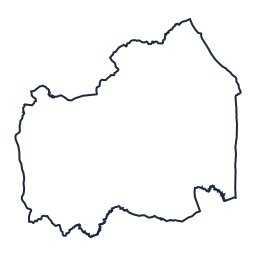 Nam Som, Udon Thani, Thailand (Natural Earth projection)
{"feature_id": "78962969B77162965817779", "entity_name": "Nam Som", "entity_type": "district", "adm_level": 2, "iso_a3": "THA", "parent_name": "Thailand", "parent_adm1": "Udon Thani", "projection": "natural_earth1", "projection_center": [102.167, 17.759], "detail": "fine", "context": "isolated", "style": "outline", "palette": "slate", "viewbox_px": 256, "rotation_deg": 0, "n_neighbors": 0, "source": "geoboundaries", "source_scale": "gbopen_adm2", "svg_char_len": 5773}
<svg xmlns="http://www.w3.org/2000/svg" viewBox="0 0 256 256"><path d="M189.9,19.0L186.2,20.8L182.6,21.7L180.0,23.5L179.7,24.3L179.0,24.8L177.3,23.7L175.2,24.5L175.2,24.8L175.7,24.9L175.5,25.4L172.9,27.5L172.7,28.3L171.6,29.7L170.8,29.6L170.6,30.1L168.8,31.0L168.0,32.1L168.5,32.5L168.1,32.9L166.7,33.3L166.4,34.1L165.6,33.9L165.0,34.4L165.5,35.6L164.8,37.0L165.0,38.5L164.2,39.8L163.6,39.9L163.2,40.3L163.0,42.7L162.3,43.4L158.2,43.3L157.5,42.0L156.0,41.4L153.7,42.7L153.3,41.6L152.2,41.7L151.9,42.9L151.0,44.0L148.9,44.1L147.9,43.3L147.6,42.4L146.7,41.6L144.6,42.5L143.1,42.4L142.3,42.3L139.3,40.4L136.9,40.8L135.9,40.3L133.6,40.2L131.5,40.6L130.7,41.2L129.4,43.1L127.8,43.2L126.8,44.4L126.8,45.8L126.1,46.4L123.8,44.8L119.0,47.4L115.6,51.8L113.7,52.3L112.9,54.8L112.2,55.1L110.1,57.5L111.8,60.5L114.7,62.9L115.3,64.4L115.7,67.0L118.3,69.0L118.3,70.0L117.6,71.0L116.3,71.6L115.7,72.5L114.4,73.1L114.2,75.1L110.8,75.1L110.6,75.8L107.2,78.5L105.9,79.9L104.8,80.2L102.0,79.7L100.5,80.8L99.9,82.2L99.5,86.1L97.1,87.2L96.7,87.8L96.3,90.3L96.9,93.7L96.7,94.3L82.7,95.8L74.6,98.5L71.9,100.2L70.3,100.4L68.0,100.0L64.8,97.5L61.0,95.3L56.5,96.7L54.8,96.7L54.2,97.3L53.6,96.5L53.4,96.8L53.1,96.5L53.2,97.2L51.9,97.2L51.7,96.1L51.4,96.4L50.6,95.5L50.0,96.1L48.5,94.4L49.2,93.6L49.1,93.0L49.8,92.8L49.6,92.1L49.0,91.6L49.1,90.3L48.6,90.0L47.9,88.8L47.2,88.7L45.5,86.8L44.2,86.5L43.2,85.7L39.7,86.5L34.3,90.8L31.2,91.4L31.6,92.9L31.7,95.4L33.2,97.1L35.5,98.6L36.0,101.0L34.6,101.5L34.1,103.1L32.0,105.3L24.9,104.4L24.3,104.7L24.6,106.2L23.2,107.7L23.2,109.8L23.6,111.3L23.0,112.1L24.2,113.0L24.2,113.5L22.6,115.7L22.2,118.6L20.4,121.0L20.2,123.5L19.6,125.6L19.9,130.8L19.7,131.7L19.0,132.7L16.1,134.6L15.6,135.9L15.4,137.7L16.0,140.4L18.1,145.3L19.3,151.6L19.5,160.1L21.3,163.8L22.1,169.5L23.3,172.4L23.7,174.4L24.2,178.7L23.5,183.7L24.1,187.8L24.0,191.3L23.4,194.1L21.9,196.8L21.8,198.9L22.7,200.9L24.8,203.4L26.8,207.8L28.0,208.5L30.6,209.4L31.2,210.0L31.2,210.5L30.0,213.1L29.0,216.7L29.1,221.8L31.8,221.7L32.8,222.8L33.5,222.9L35.3,220.7L36.1,221.1L37.0,221.1L38.0,219.3L38.9,219.0L40.8,219.4L41.4,218.9L41.4,217.9L41.9,216.6L42.6,215.9L44.7,215.8L45.8,216.4L47.4,216.0L48.7,218.2L51.4,221.2L52.0,222.9L55.4,225.8L55.8,226.0L58.4,224.9L59.7,225.2L60.2,227.7L60.6,228.4L60.7,229.9L61.2,230.9L62.5,231.9L62.7,234.2L63.5,235.6L65.6,235.8L66.5,233.3L67.0,233.1L67.8,233.4L68.4,232.6L69.1,232.4L69.5,231.2L69.4,230.1L70.5,229.8L71.3,228.8L72.4,228.6L73.1,227.4L74.3,227.4L75.1,225.8L76.7,225.6L76.7,225.0L77.2,224.8L78.4,225.2L78.4,224.8L79.2,224.4L80.2,225.3L79.5,226.8L79.8,227.3L79.2,227.8L79.1,228.5L80.7,228.3L81.8,229.5L82.0,230.7L82.7,231.1L83.1,232.1L84.1,232.2L84.6,231.7L84.8,232.2L85.0,232.3L85.1,232.0L85.4,232.6L85.1,233.0L86.5,233.5L86.7,234.1L87.3,233.9L87.6,234.2L87.8,233.9L88.4,233.9L88.6,234.3L88.3,234.4L88.4,234.6L89.0,234.2L89.2,234.9L88.9,235.9L90.2,237.0L91.0,236.4L91.3,236.9L92.2,236.5L92.4,235.9L93.1,236.1L93.6,235.3L94.5,235.6L96.0,234.7L96.2,235.0L97.4,234.4L97.4,233.8L98.0,233.9L98.1,232.5L98.7,232.0L98.1,231.8L98.2,231.4L99.1,231.0L99.1,230.3L100.2,230.1L100.0,229.3L99.4,229.0L100.2,228.3L99.7,227.9L100.5,226.9L99.5,226.0L99.6,224.9L99.4,224.5L100.5,224.0L101.0,224.4L101.8,223.8L102.6,224.0L103.2,223.1L103.6,223.3L104.5,222.8L104.3,222.3L105.0,221.6L104.4,221.3L103.9,220.2L104.4,220.4L104.5,219.2L105.1,219.2L105.0,218.6L105.2,218.9L105.8,218.9L105.8,218.6L106.6,217.6L106.4,216.7L106.9,215.7L107.4,215.6L107.5,215.0L107.0,214.9L107.1,214.4L107.6,214.0L108.3,214.0L109.1,211.9L109.5,212.5L109.9,211.8L110.7,211.9L110.5,211.0L111.1,211.2L111.1,210.9L111.6,210.6L112.2,210.7L112.3,209.0L111.9,209.2L111.9,208.4L113.8,208.0L114.9,207.2L116.8,206.9L118.2,206.2L119.3,206.4L120.1,207.7L120.5,207.6L120.5,208.8L122.6,208.2L122.4,208.8L123.3,209.5L123.5,210.2L124.4,210.5L124.9,210.0L125.5,210.4L125.8,210.1L126.9,210.8L127.2,210.2L128.2,211.8L130.1,213.2L130.9,213.0L132.2,214.0L139.3,215.9L140.9,215.4L144.5,215.3L148.5,217.5L149.7,217.6L153.6,216.6L153.8,216.2L154.7,215.9L157.1,217.6L159.3,218.4L160.1,218.3L160.1,218.8L160.9,219.4L161.1,218.9L161.7,219.1L161.6,218.6L162.0,218.5L166.6,221.1L169.0,220.4L170.4,220.4L170.6,220.0L173.4,220.7L174.1,220.2L175.6,220.3L182.1,221.5L188.5,217.5L192.1,216.2L196.2,212.6L199.1,211.7L200.0,211.1L194.9,197.0L194.5,192.0L194.9,187.9L196.4,188.0L197.8,187.0L201.3,187.8L201.9,187.3L201.9,188.4L203.2,188.6L203.7,189.1L204.6,188.7L205.0,189.4L205.6,189.5L206.5,190.9L207.3,190.5L208.2,191.5L208.8,190.7L209.3,191.0L209.9,189.2L209.6,189.0L209.9,188.9L209.6,188.6L210.1,188.4L210.1,187.8L210.5,187.6L210.2,186.8L211.1,186.1L211.7,186.4L212.5,185.6L213.0,185.9L212.9,186.5L213.9,186.3L213.9,187.0L213.5,187.1L214.7,188.0L214.9,188.7L214.6,189.1L215.3,189.2L215.3,189.6L216.1,189.2L216.6,189.8L217.0,189.6L217.8,190.1L217.8,190.7L218.3,190.4L218.3,190.9L218.5,190.7L218.8,191.0L218.9,190.5L219.0,191.0L219.5,190.8L220.2,192.5L220.9,192.9L220.9,193.4L221.3,193.1L221.5,193.7L221.9,193.1L222.1,193.9L221.6,194.0L222.2,194.1L222.1,194.5L222.4,194.6L222.1,195.0L223.7,194.5L223.2,195.3L223.2,196.1L223.6,195.9L223.4,196.4L222.9,196.6L222.5,196.0L222.3,196.4L222.7,197.7L223.3,197.4L223.2,198.5L223.8,198.5L223.5,199.1L223.8,200.5L224.3,200.4L224.1,200.8L224.5,201.0L226.1,200.6L235.5,196.9L235.7,198.9L235.2,188.1L235.6,171.0L235.2,165.7L236.0,154.6L235.4,146.7L236.7,137.1L237.0,124.1L236.4,116.9L236.6,114.6L236.3,111.8L236.4,108.8L235.5,97.0L236.1,95.3L237.5,94.9L237.9,94.1L239.2,93.8L240.6,92.8L240.5,91.4L238.8,87.7L238.8,86.1L238.1,84.0L236.4,81.6L236.3,78.6L235.9,77.8L234.5,76.3L232.4,75.0L230.1,72.1L227.4,70.1L225.8,68.4L222.6,66.6L221.2,65.4L215.7,60.0L210.9,53.4L209.0,49.6L201.8,38.1L201.2,36.0L201.2,33.5L198.3,33.0L195.6,29.9L192.4,25.0L189.9,19.0Z" fill="none" stroke="#1e293b" stroke-width="2"/></svg>